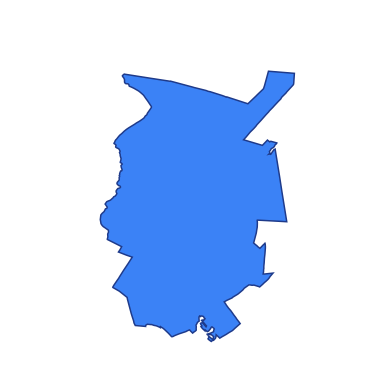 Oporelu, Olt, Romania, rotated 198°
{"feature_id": "2599482B23576568126019", "entity_name": "Oporelu", "entity_type": "district", "adm_level": 2, "iso_a3": "ROU", "parent_name": "Romania", "parent_adm1": "Olt", "projection": "equal_earth", "projection_center": [24.426, 44.579], "detail": "fine", "context": "isolated", "style": "filled", "palette": "blue", "viewbox_px": 384, "rotation_deg": 198, "n_neighbors": 0, "source": "geoboundaries", "source_scale": "gbopen_adm2", "svg_char_len": 5794}
<svg xmlns="http://www.w3.org/2000/svg" viewBox="0 0 384 384"><g transform="rotate(198 192 192)"><path d="M131.3,336.5L156.6,330.5L155.9,315.6L155.9,312.7L156.1,311.9L159.9,304.8L160.8,303.0L166.1,293.2L188.4,293.2L188.7,292.8L190.4,293.0L192.7,293.1L205.6,293.0L208.4,292.7L209.1,292.9L211.2,292.8L219.8,292.2L222.5,292.0L223.6,292.0L246.7,290.8L246.8,290.6L254.7,289.3L268.2,287.1L292.0,283.3L292.9,283.2L293.5,282.3L294.1,281.2L294.1,280.9L293.5,280.3L291.9,279.2L290.8,277.8L290.6,277.0L290.1,275.6L289.5,275.0L288.7,274.6L287.3,274.8L286.6,275.1L285.7,274.9L285.1,274.5L284.7,273.6L284.2,273.2L282.3,273.1L279.3,272.7L274.1,271.6L271.9,270.8L268.4,269.3L267.3,268.6L265.0,266.8L262.2,264.8L257.4,261.0L256.9,260.5L256.9,260.4L256.8,260.1L256.8,259.8L257.2,258.2L258.8,253.0L258.8,251.6L259.0,251.2L259.6,250.4L260.0,249.7L260.3,248.3L260.7,247.3L261.6,246.0L263.9,243.0L266.1,240.6L267.7,238.5L272.0,233.5L273.7,231.3L275.2,229.0L276.9,225.8L278.1,224.0L278.8,222.5L280.2,218.7L280.5,218.3L280.8,217.5L280.9,216.7L281.0,215.2L281.3,214.3L281.3,214.2L281.1,214.0L279.9,213.7L278.9,213.2L278.7,212.8L278.6,211.5L278.5,211.2L278.2,211.0L277.6,210.8L276.8,210.7L275.9,210.6L275.0,210.4L274.4,210.0L273.2,208.8L273.0,208.4L272.9,208.1L272.9,207.9L273.2,207.4L273.2,207.2L271.9,205.5L271.7,205.0L271.6,204.5L270.4,202.7L269.9,202.1L269.7,201.3L269.5,200.3L269.5,199.5L269.5,198.6L269.3,197.9L269.0,197.9L267.9,197.6L267.0,197.0L267.7,195.1L266.9,193.6L265.3,191.5L265.5,190.3L265.9,190.2L266.2,190.1L266.4,189.7L266.5,187.6L266.5,187.1L266.1,186.0L266.1,185.6L266.3,185.3L266.2,185.0L265.7,184.5L265.6,184.0L265.7,183.4L265.7,182.9L265.5,182.5L265.2,182.0L265.0,181.1L265.2,180.2L265.5,179.5L266.1,178.0L266.0,176.9L265.8,176.7L265.4,176.2L264.5,175.8L263.6,175.4L263.0,175.5L261.9,175.2L261.5,174.4L261.9,173.6L263.6,172.4L264.3,170.5L264.5,169.5L264.1,168.5L263.0,167.4L263.1,166.9L263.0,166.5L263.7,164.5L265.0,163.2L265.3,162.1L265.7,161.4L267.1,159.0L269.4,157.1L270.1,156.4L270.9,153.7L267.9,151.4L268.0,150.1L269.1,149.2L269.5,146.3L270.9,143.9L271.3,142.9L271.6,142.0L270.7,137.4L269.5,135.2L268.8,133.8L267.9,133.0L266.9,132.3L265.8,131.7L259.8,129.9L259.4,129.1L259.0,128.0L259.2,125.9L258.1,123.2L258.0,120.9L257.8,120.7L242.0,118.3L242.7,114.6L243.4,112.2L234.8,111.7L228.7,111.6L230.6,104.3L232.9,96.2L234.8,88.7L235.2,86.7L235.4,86.4L237.5,79.2L237.9,77.2L237.9,76.9L237.6,76.7L230.4,75.2L221.1,71.7L220.4,70.3L212.2,57.6L210.2,54.8L207.8,51.5L207.5,51.2L207.4,50.7L207.2,50.4L206.5,49.3L204.7,47.5L194.6,49.8L194.8,50.2L194.8,50.9L194.2,51.7L193.9,52.0L193.7,52.4L190.2,53.2L189.3,53.5L187.1,53.4L184.6,53.7L180.8,53.4L179.4,52.9L180.3,53.6L180.6,54.0L180.5,54.3L179.4,53.9L178.1,53.7L175.8,52.8L170.8,50.4L168.6,49.2L166.9,48.2L166.5,48.1L166.2,48.2L165.2,48.9L164.5,49.7L163.6,50.5L160.6,53.0L154.6,57.4L154.2,57.9L152.5,59.5L151.6,60.1L150.6,59.4L147.8,58.0L146.7,59.7L145.9,60.7L145.4,61.6L145.3,62.0L145.8,63.3L146.1,64.3L146.2,65.0L146.9,66.3L147.0,66.8L146.8,67.6L146.6,68.7L146.6,69.5L146.0,70.5L145.3,71.4L146.5,74.4L146.7,75.3L146.7,75.6L146.3,77.1L146.2,76.3L146.0,76.0L145.8,76.0L145.5,76.1L145.6,76.5L145.3,76.8L144.2,77.1L143.7,77.1L143.1,77.2L142.5,77.0L142.1,76.7L141.6,76.0L141.2,76.0L140.4,75.5L140.4,75.4L141.0,74.5L140.9,74.4L141.2,73.7L141.4,73.5L141.9,73.6L142.4,73.4L142.8,73.4L143.2,72.8L141.9,72.2L139.8,70.9L140.0,70.9L136.8,69.1L137.0,68.1L141.7,70.9L142.3,70.6L143.0,70.1L143.3,69.6L143.0,69.2L142.7,68.8L141.2,67.7L141.9,66.7L139.9,65.4L137.6,64.3L136.7,63.9L136.8,64.9L134.3,63.9L133.9,64.2L133.2,65.0L132.2,67.6L132.0,68.3L132.0,68.8L131.9,69.3L131.4,69.9L131.2,69.9L130.1,69.5L129.7,69.3L129.3,69.2L128.6,68.8L128.4,68.5L128.6,68.0L128.6,67.8L128.6,66.9L128.3,66.0L128.4,65.7L131.0,63.3L133.5,61.6L133.7,61.4L133.4,61.1L132.6,61.3L129.6,62.3L126.7,61.1L126.7,59.9L126.6,58.7L126.6,58.3L126.8,58.1L130.1,59.5L131.4,59.9L131.6,59.9L131.2,59.5L131.0,59.4L131.1,58.7L131.4,57.6L131.4,57.3L131.2,57.1L130.0,56.6L128.5,56.1L127.5,55.8L126.7,57.0L126.1,57.4L125.6,57.6L125.2,58.8L124.6,59.7L124.5,59.9L124.5,61.8L124.9,63.7L120.4,61.6L118.3,64.1L117.7,64.7L115.5,67.1L113.4,69.7L110.8,72.6L110.3,73.4L109.8,74.3L109.1,75.6L106.1,80.7L105.5,81.7L107.1,82.9L110.2,85.0L111.5,86.1L114.0,87.8L118.4,91.1L121.6,93.0L124.6,95.2L125.0,95.6L127.4,97.5L125.5,99.6L121.2,103.6L120.5,104.8L117.2,108.6L116.5,109.5L113.4,114.5L113.0,115.5L112.6,116.6L109.2,121.2L108.2,121.5L107.2,121.7L106.3,121.8L105.9,121.9L104.8,122.4L104.1,122.6L99.3,122.7L98.3,122.6L96.3,126.0L95.1,128.3L94.2,129.7L92.8,132.2L92.1,133.9L91.6,135.8L90.1,139.4L89.9,139.9L97.7,136.4L99.0,136.0L99.3,138.2L99.9,140.3L100.0,141.3L100.7,143.4L101.5,147.0L102.7,151.7L103.5,155.6L104.9,161.4L105.6,163.5L105.9,164.0L106.2,165.0L106.8,165.8L107.0,165.4L107.3,164.7L107.8,163.9L110.0,159.4L112.7,160.4L113.9,161.1L115.2,161.5L117.7,162.6L117.7,164.0L118.2,172.9L118.7,175.9L119.0,178.1L119.2,179.1L120.3,182.9L121.1,184.8L121.2,185.4L120.7,185.6L119.5,185.9L99.6,191.2L92.7,193.0L106.9,220.7L113.6,234.0L126.2,258.5L127.2,257.4L127.5,256.9L127.6,256.0L128.0,255.2L128.1,254.3L128.8,252.1L130.3,252.0L130.6,251.8L130.5,252.0L130.0,252.3L129.7,252.6L130.2,253.5L130.7,254.1L130.9,254.5L130.5,255.5L130.2,256.3L130.1,257.4L129.6,258.2L128.8,258.9L128.3,259.5L128.1,260.0L127.9,260.3L127.7,261.0L127.6,262.1L127.4,262.8L127.1,263.3L126.8,263.6L126.5,264.3L126.5,264.9L132.7,264.6L133.0,264.2L133.4,264.1L133.7,263.7L136.3,264.7L138.6,259.9L139.5,258.1L159.1,257.6L157.5,261.1L155.6,265.9L155.1,267.1L153.0,271.1L151.6,274.2L151.0,276.1L148.4,281.7L145.4,288.6L143.8,292.0L143.5,293.0L141.3,297.4L140.6,299.0L137.9,304.8L136.3,308.0L136.1,309.3L135.8,310.2L133.2,315.2L132.8,316.5L129.3,324.1L128.8,325.3L128.7,325.8L128.9,327.0L131.3,336.5Z" fill="#3b82f6" stroke="#1e3a8a" stroke-width="1.5"/></g></svg>